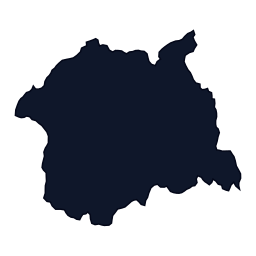 outline of Ibertioga, Minas Gerais, Brazil
{"feature_id": "56859067B85312067308682", "entity_name": "Ibertioga", "entity_type": "district", "adm_level": 2, "iso_a3": "BRA", "parent_name": "Brazil", "parent_adm1": "Minas Gerais", "projection": "natural_earth1", "projection_center": [-43.949, -21.448], "detail": "fine", "context": "isolated", "style": "filled", "palette": "ink", "viewbox_px": 256, "rotation_deg": 0, "n_neighbors": 0, "source": "geoboundaries", "source_scale": "gbopen_adm2", "svg_char_len": 2789}
<svg xmlns="http://www.w3.org/2000/svg" viewBox="0 0 256 256"><path d="M193.4,30.6L191.1,32.2L187.8,33.6L184.7,36.5L182.5,39.2L179.3,40.7L175.6,41.1L173.2,42.0L170.6,43.0L167.6,44.9L164.7,47.0L162.0,49.2L159.2,52.2L158.9,56.7L160.6,59.1L157.2,61.6L155.3,65.6L151.5,64.4L148.9,61.4L148.0,58.1L147.0,53.8L144.2,51.4L140.9,51.1L138.5,50.4L135.4,50.6L132.8,51.6L129.4,52.0L126.6,53.8L124.2,52.7L121.7,51.0L118.7,50.6L115.4,50.5L112.7,52.0L109.3,50.2L106.9,45.7L102.9,44.9L99.6,45.9L98.4,43.0L97.9,40.1L95.7,38.7L93.0,39.9L89.8,41.1L86.4,42.2L86.7,45.8L83.9,47.0L81.6,48.1L80.5,51.9L76.9,55.4L73.4,57.9L69.8,58.8L66.6,59.4L62.3,60.4L59.0,63.2L56.4,65.8L54.8,68.1L52.1,70.2L51.0,73.0L49.4,75.4L47.0,77.7L45.0,81.4L44.3,85.6L41.6,88.2L38.3,89.2L35.5,89.0L33.3,86.0L31.9,89.4L29.6,91.6L26.5,92.6L24.7,94.8L23.0,97.0L20.9,98.6L19.1,101.1L17.5,105.0L15.8,109.9L15.4,115.4L18.8,116.9L21.2,117.6L24.1,117.3L26.5,116.0L29.7,116.7L32.1,119.5L36.0,120.6L39.0,123.4L41.8,125.4L44.1,128.3L46.9,131.9L48.5,136.2L48.4,139.7L48.4,142.9L47.0,145.6L45.4,148.1L43.9,152.1L44.5,156.1L43.6,159.6L42.6,163.6L42.1,167.5L43.5,170.0L46.2,172.7L46.3,177.0L46.5,181.3L45.4,185.6L45.3,189.9L45.3,193.2L43.8,198.0L47.0,201.4L50.4,202.0L52.2,205.8L55.6,209.2L60.5,209.2L64.5,209.8L66.0,212.7L68.0,215.3L71.0,217.1L74.0,217.6L76.6,219.2L79.7,219.7L81.2,216.7L82.8,214.3L85.8,213.8L87.8,212.0L90.2,214.6L90.5,218.9L91.8,223.3L95.0,224.6L98.9,224.0L101.7,224.9L104.3,225.4L109.0,225.1L111.5,223.1L111.9,219.9L112.6,215.6L114.9,212.7L117.6,209.0L122.0,207.9L125.0,206.9L128.6,203.8L131.3,201.4L133.8,200.1L136.5,199.6L138.9,201.7L141.2,204.4L144.7,205.4L145.6,200.5L147.5,197.4L148.7,193.1L150.9,187.8L154.1,185.1L157.5,184.2L160.5,187.0L164.3,187.1L166.8,186.1L168.3,188.3L170.5,191.4L173.7,192.6L176.5,193.1L179.1,193.2L181.7,192.6L184.3,191.0L186.5,189.3L189.7,187.9L192.2,186.0L194.8,185.6L197.0,182.6L196.2,178.9L197.8,175.7L201.5,177.3L203.0,179.7L204.9,181.6L207.2,183.1L209.3,184.7L211.7,182.5L213.0,179.1L215.9,181.1L218.3,184.2L221.7,185.1L222.6,188.6L226.1,190.1L228.6,190.7L229.8,188.0L231.0,185.0L233.7,182.2L235.8,186.0L239.5,189.2L238.7,185.6L238.8,182.6L240.6,178.3L240.5,173.8L238.8,170.5L236.3,166.0L235.1,160.4L233.9,156.6L232.3,154.4L230.2,151.0L226.2,151.1L222.4,151.2L219.6,150.4L216.7,149.9L215.6,146.1L217.1,141.2L218.0,136.7L219.3,132.7L218.1,128.9L216.2,127.2L215.6,124.3L215.6,120.6L216.6,116.8L216.5,113.1L215.9,109.9L214.3,107.2L214.8,103.4L214.4,99.2L211.9,98.8L211.9,95.7L211.5,92.7L208.5,91.4L207.5,88.5L204.9,89.4L202.1,89.7L200.1,87.9L199.9,84.1L195.8,83.0L193.3,79.7L191.9,76.1L190.3,72.7L187.9,69.8L185.6,65.5L184.0,61.7L184.5,58.4L185.2,55.3L189.4,52.5L193.1,51.4L194.3,48.6L196.7,44.9L194.3,40.8L192.9,37.1L194.7,34.6L193.4,30.6Z" fill="#0f172a" stroke="#020617" stroke-width="1.5"/></svg>